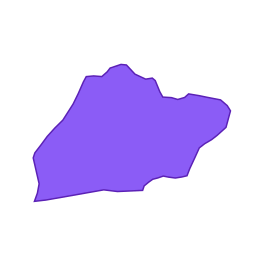 the district of Samarahan, Sarawak, Malaysia, rotated 171°
{"feature_id": "92858781B97238976532983", "entity_name": "Samarahan", "entity_type": "district", "adm_level": 2, "iso_a3": "MYS", "parent_name": "Malaysia", "parent_adm1": "Sarawak", "projection": "equal_earth", "projection_center": [110.479, 1.444], "detail": "fine", "context": "isolated", "style": "filled", "palette": "violet", "viewbox_px": 256, "rotation_deg": 171, "n_neighbors": 0, "source": "geoboundaries", "source_scale": "gbopen_adm2", "svg_char_len": 811}
<svg xmlns="http://www.w3.org/2000/svg" viewBox="0 0 256 256"><g transform="rotate(171 128 128)"><path d="M80.3,151.2L88.8,153.1L90.9,158.8L93.7,170.6L96.2,173.5L102.9,173.5L112.7,180.1L119.7,190.5L125.0,191.9L136.3,190.0L139.8,186.7L145.8,182.9L153.8,184.8L161.2,185.3L164.8,180.6L171.8,169.7L178.5,160.2L191.1,146.0L200.3,139.4L209.1,132.3L216.8,124.7L223.8,118.1L224.3,117.2L226.3,113.3L225.6,102.9L224.5,86.8L227.7,77.8L231.9,70.2L220.3,69.7L161.6,70.7L148.3,66.9L123.3,64.1L121.1,68.3L116.2,71.2L111.6,73.5L106.4,74.0L100.7,75.0L95.5,73.1L89.1,71.2L82.5,71.2L77.2,71.6L73.3,78.3L66.3,88.7L60.7,97.2L54.7,100.5L47.3,103.4L41.3,106.7L31.1,113.3L24.1,128.9L26.5,134.6L32.2,141.3L45.2,146.0L52.6,148.8L62.8,152.2L67.3,149.3L74.4,148.4L80.3,151.2Z" fill="#8b5cf6" stroke="#5b21b6" stroke-width="1.5"/></g></svg>